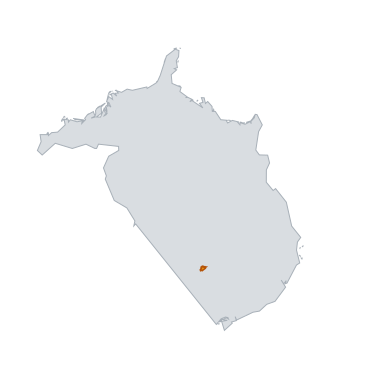 Broadwater, Montana, United States of America shown in context, rotated 233°
{"feature_id": "52423323B25575586370541", "entity_name": "Broadwater", "entity_type": "district", "adm_level": 2, "iso_a3": "USA", "parent_name": "United States of America", "parent_adm1": "Montana", "projection": "orthographic", "projection_center": [-111.372, 46.308], "detail": "fine", "context": "in_parent", "style": "filled", "palette": "amber", "viewbox_px": 384, "rotation_deg": 233, "n_neighbors": 0, "source": "geoboundaries", "source_scale": "gbopen_adm2", "svg_char_len": 4561}
<svg xmlns="http://www.w3.org/2000/svg" viewBox="0 0 384 384"><g transform="rotate(233 192 192)"><path d="M298.8,122.6L313.2,112.1L311.7,94.6L318.2,93.5L323.0,101.8L329.2,105.2L324.9,111.0L325.4,112.7L323.5,111.3L323.9,115.6L320.7,120.7L321.9,131.1L326.2,133.2L327.7,131.7L326.5,130.3L327.4,130.7L328.4,132.5L324.0,136.7L322.2,135.4L322.9,138.3L317.3,142.4L314.3,148.4L314.0,146.1L313.0,145.1L313.8,150.5L315.4,150.6L316.6,154.8L315.6,161.6L311.0,160.2L311.7,155.9L310.3,159.3L312.7,162.5L314.9,163.8L316.0,165.9L315.2,176.4L314.5,170.5L309.4,167.2L309.4,160.9L306.9,164.0L311.0,171.2L307.0,170.4L306.0,171.2L306.1,168.3L305.7,167.6L305.4,170.0L306.0,171.7L311.8,172.3L311.3,174.2L308.2,172.6L307.2,172.5L311.1,174.5L312.4,174.5L312.5,176.8L310.5,176.0L313.8,177.9L313.4,178.5L311.8,177.6L308.6,178.3L313.3,179.4L315.5,178.1L320.4,184.1L316.4,179.6L318.3,182.9L313.7,184.3L318.1,186.2L319.3,184.5L318.5,188.6L313.9,189.6L317.1,190.0L315.4,192.7L318.4,192.6L314.0,195.7L313.2,202.1L309.1,205.6L303.1,219.1L301.7,218.5L300.7,228.6L301.0,230.9L304.3,236.9L316.0,253.5L316.1,264.6L312.8,266.7L308.1,262.7L306.3,258.4L300.1,255.2L301.2,252.1L298.8,253.2L298.2,246.0L290.7,241.4L282.1,246.3L279.5,242.8L270.5,245.5L271.3,243.6L270.0,245.7L266.1,247.7L265.4,244.6L265.1,247.0L252.6,251.3L258.3,251.3L257.0,254.7L261.7,256.3L259.9,258.4L254.6,256.0L254.8,259.0L248.3,259.5L244.1,256.7L242.3,259.1L232.4,258.5L227.6,263.8L228.8,262.4L225.7,262.0L224.9,267.3L219.5,271.7L220.7,270.4L216.8,270.7L218.4,272.1L214.2,275.1L213.1,280.9L210.9,280.4L212.9,281.5L213.8,286.5L216.0,289.2L214.7,290.5L203.3,288.5L200.1,281.5L187.1,268.2L181.1,268.1L175.9,274.6L168.5,271.4L164.9,264.7L155.1,257.2L144.4,257.7L144.4,260.8L127.1,261.2L104.8,251.1L90.3,251.5L88.6,246.1L82.7,240.5L70.5,235.3L70.8,231.5L62.1,213.1L62.6,211.3L64.5,213.9L63.5,210.0L68.0,210.2L59.7,209.5L54.7,192.5L57.3,184.1L56.3,174.2L59.3,168.3L62.9,150.5L66.5,151.5L62.6,150.0L64.4,145.3L63.0,145.2L62.0,134.6L70.8,137.8L68.3,142.9L71.7,139.5L70.8,143.9L68.5,144.7L70.1,145.1L72.0,143.5L73.2,139.0L71.6,131.7L200.4,127.8L199.9,125.1L203.3,129.0L218.5,130.4L232.0,124.8L254.5,130.5L256.4,133.3L264.5,135.8L270.7,147.0L269.3,158.5L272.6,160.8L286.5,146.1L284.2,142.0L285.3,140.6L294.0,136.1L298.8,122.6ZM320.0,143.3L322.3,141.3L314.4,149.2L320.4,141.6L320.0,143.3ZM71.7,136.1L72.5,139.1L72.4,139.6L71.0,137.2L71.7,136.1ZM215.7,288.4L213.7,284.2L213.5,281.7L214.0,284.3L215.7,288.4ZM325.6,110.9L326.3,112.2L325.8,112.2L325.6,110.9ZM244.4,258.0L244.9,259.0L243.7,258.4L244.4,258.0ZM75.0,240.1L76.5,239.6L76.6,239.8L75.0,240.1ZM73.5,239.5L72.9,240.2L72.4,239.5L73.5,239.5ZM326.4,135.5L326.1,136.8L325.8,136.7L326.4,135.5ZM214.1,279.2L213.5,281.4L215.0,277.1L214.1,279.2ZM312.4,247.9L314.6,251.2L312.1,247.7L312.4,247.9ZM82.2,244.3L82.7,245.4L82.1,244.3L82.2,244.3ZM316.9,264.9L316.0,266.6L317.2,263.3L316.9,264.9ZM321.6,186.3L321.1,188.3L320.7,184.3L321.6,186.3ZM70.8,133.6L70.7,134.4L70.3,134.0L70.8,133.6ZM218.6,272.9L216.6,274.2L218.6,272.6L218.6,272.9ZM328.9,134.5L329.3,135.4L328.5,135.6L328.9,134.5ZM81.9,247.3L82.3,248.7L81.7,247.5L81.9,247.3ZM216.2,275.1L215.4,275.7L216.0,274.8L216.2,275.1ZM316.3,167.8L316.0,170.4L316.1,166.9L316.3,167.8ZM227.1,264.8L225.8,265.9L227.6,264.1L227.1,264.8ZM301.2,229.6L301.4,231.3L301.0,230.2L301.2,229.6ZM318.9,192.7L318.7,193.2L319.3,191.4L318.9,192.7ZM285.2,244.8L283.9,246.2L283.3,246.2L285.2,244.8ZM265.4,247.6L265.2,248.0L264.3,248.2L265.4,247.6ZM304.7,259.2L305.2,260.3L304.4,259.1L304.7,259.2ZM261.9,251.1L261.8,252.2L261.4,250.4L261.9,251.1ZM314.1,269.0L313.3,269.5L314.4,268.7L314.1,269.0ZM316.7,155.6L316.6,156.9L316.6,155.1L316.7,155.6ZM320.4,189.1L320.1,189.7L320.4,189.1Z" fill="#d9dde1" stroke="#a8b0b8" stroke-width="1"/><path d="M123.0,152.9L123.0,156.1L123.0,156.7L123.6,156.7L123.6,157.6L123.6,158.2L123.8,158.0L123.9,157.9L124.0,157.8L124.0,157.7L124.3,157.6L124.5,157.5L124.5,157.4L124.6,157.2L124.8,157.1L124.8,156.9L124.8,156.7L124.9,156.4L125.0,156.4L124.9,156.3L125.0,156.3L125.0,156.2L125.2,155.9L125.4,155.7L125.6,155.7L126.0,155.7L126.6,155.6L126.6,155.4L126.5,155.2L126.4,155.2L126.3,154.9L126.4,154.7L126.5,154.6L126.6,154.4L126.6,154.2L126.4,154.0L126.4,153.9L126.2,153.8L126.0,154.0L125.9,154.0L125.8,153.9L125.7,153.9L125.7,153.7L125.6,153.4L125.4,153.2L125.2,153.2L125.3,153.0L125.3,152.9L125.3,152.7L125.2,152.5L125.1,152.4L124.9,152.4L124.9,152.2L124.7,152.1L124.6,151.9L124.7,151.7L124.4,151.6L124.2,151.5L124.0,151.4L123.9,151.4L123.8,151.7L123.7,152.9L123.8,152.9L123.0,152.9Z" fill="#f59e0b" stroke="#b45309" stroke-width="1.5"/></g></svg>